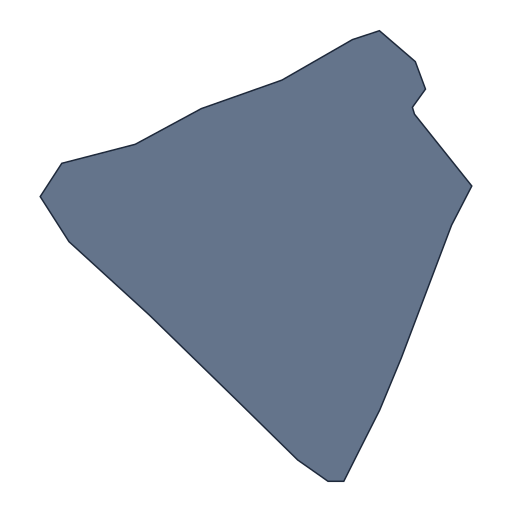 the Unitary Authority of Telford and Wrekin
{"feature_id": "GBR-2121", "entity_name": "Telford and Wrekin", "entity_type": "Unitary Authority", "adm_level": 1, "iso_a3": "GBR", "parent_name": "United Kingdom", "parent_adm1": "", "projection": "mercator", "projection_center": [-2.456, 52.714], "detail": "fine", "context": "isolated", "style": "filled", "palette": "slate", "viewbox_px": 512, "rotation_deg": 0, "n_neighbors": 0, "source": "natural_earth", "source_scale": "10m", "svg_char_len": 399}
<svg xmlns="http://www.w3.org/2000/svg" viewBox="0 0 512 512"><path d="M379.4,30.7L415.3,61.6L425.5,89.1L412.4,107.3L414.5,114.2L471.8,186.0L451.6,225.1L401.3,358.0L379.7,410.1L358.1,452.8L343.8,481.3L328.0,481.3L297.7,460.0L237.3,400.7L149.6,315.3L69.0,241.7L40.2,196.6L61.8,163.3L135.2,144.3L201.3,108.6L281.9,80.1L352.4,39.6L379.4,30.7Z" fill="#64748b" stroke="#1e293b" stroke-width="1.5"/></svg>